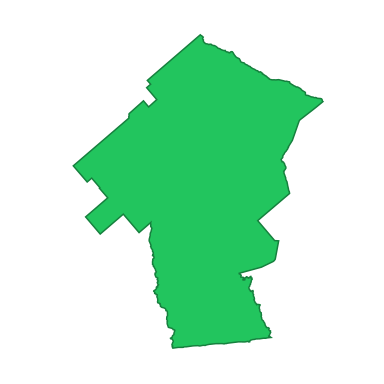 San Cayetano, Buenos Aires, Argentina (Albers equal-area conic projection), rotated 6°
{"feature_id": "61730980B1791021048372", "entity_name": "San Cayetano", "entity_type": "district", "adm_level": 2, "iso_a3": "ARG", "parent_name": "Argentina", "parent_adm1": "Buenos Aires", "projection": "albers", "projection_center": [-59.479, -38.405], "detail": "fine", "context": "isolated", "style": "filled", "palette": "green", "viewbox_px": 384, "rotation_deg": 6, "n_neighbors": 0, "source": "geoboundaries", "source_scale": "gbopen_adm2", "svg_char_len": 6003}
<svg xmlns="http://www.w3.org/2000/svg" viewBox="0 0 384 384"><g transform="rotate(6 192 192)"><path d="M189.1,349.2L189.6,349.2L194.5,348.0L199.6,347.4L199.9,347.1L201.0,346.7L202.3,346.6L209.2,344.9L213.7,344.2L215.9,344.3L219.0,343.3L221.2,343.2L222.5,342.5L225.1,341.7L231.7,340.3L238.0,339.6L239.9,339.7L240.5,339.3L241.8,339.2L243.3,338.6L245.9,338.0L254.2,336.1L260.2,335.6L263.3,334.7L263.7,335.0L264.0,334.9L264.3,335.2L265.1,334.9L265.1,334.0L265.6,333.5L266.3,333.0L267.8,332.4L269.4,332.1L271.2,331.4L274.4,331.0L278.7,329.9L280.4,329.8L282.5,329.1L285.8,328.4L284.5,327.6L284.2,327.9L284.0,327.5L283.7,327.4L283.5,327.8L283.3,327.2L283.7,326.9L284.0,326.4L284.2,325.2L284.8,323.7L284.9,323.3L284.5,322.8L284.6,322.0L284.2,321.8L283.7,321.9L283.4,321.4L282.8,321.0L282.7,320.3L283.0,319.5L281.8,318.9L280.5,319.1L280.1,318.8L279.6,317.9L278.9,317.2L278.0,314.8L277.2,314.0L276.5,312.8L275.0,311.7L274.7,311.2L274.3,309.5L273.7,308.3L274.0,307.1L273.7,306.6L273.4,304.8L272.8,304.5L272.2,303.9L271.7,302.8L271.7,302.0L271.0,300.5L271.1,298.3L271.0,298.0L271.5,297.6L271.4,297.0L268.7,296.9L268.0,297.3L267.3,296.0L266.4,295.5L266.2,295.2L266.2,294.9L264.8,292.6L265.3,292.1L265.3,291.8L264.8,290.3L263.9,288.9L263.9,287.4L263.4,286.9L263.1,286.2L263.0,285.9L263.3,284.9L262.9,283.7L262.3,283.8L261.8,284.6L261.3,284.8L260.9,284.7L260.5,284.5L260.5,283.8L259.4,283.2L258.6,281.6L258.5,281.1L258.6,280.6L259.2,279.7L259.2,278.6L259.8,277.8L259.7,276.8L260.1,276.0L260.4,273.0L260.9,272.6L260.6,271.8L260.7,271.4L260.5,271.2L259.5,271.2L259.5,270.0L259.4,269.8L259.0,269.9L258.9,270.4L258.0,270.8L257.7,271.5L257.4,271.7L257.0,271.3L256.2,271.4L255.9,270.8L255.0,270.6L254.8,270.8L254.8,271.4L254.6,271.5L253.4,272.0L253.3,272.3L253.5,273.1L253.8,273.7L253.7,273.9L252.0,274.2L251.8,273.9L251.8,273.6L252.3,272.4L252.4,272.0L252.1,271.6L251.0,271.5L249.5,271.5L249.4,270.5L249.6,270.0L249.6,269.6L248.2,268.6L247.6,268.5L247.4,267.9L268.9,259.5L279.9,252.7L281.0,251.6L281.8,250.1L283.3,231.5L279.3,231.7L260.3,213.6L289.2,183.2L288.7,181.4L287.8,180.0L287.7,179.2L286.3,175.1L286.1,174.0L285.8,173.5L285.5,172.1L284.0,169.8L283.6,167.8L283.3,167.4L282.1,164.8L281.4,163.6L281.4,162.2L281.1,162.0L281.3,161.4L282.2,160.0L282.9,158.5L282.7,157.3L281.3,155.3L281.3,154.6L280.9,154.2L280.0,152.9L279.0,152.3L278.5,152.6L278.0,151.8L277.2,150.2L278.6,148.3L278.6,146.2L279.7,144.5L280.1,143.1L281.3,141.6L282.2,139.8L282.5,139.5L282.8,138.4L283.3,137.3L283.4,136.8L283.2,136.8L286.4,130.2L291.1,110.3L291.4,109.6L292.0,108.8L306.2,95.1L312.8,88.4L312.2,87.9L311.6,86.3L311.0,85.8L310.1,85.6L306.9,85.7L305.3,85.1L303.6,85.4L302.3,84.9L300.9,85.0L297.2,83.8L295.6,83.9L294.7,83.4L294.3,81.1L293.6,80.7L290.8,79.4L289.2,77.9L286.5,76.7L285.6,76.5L284.8,76.7L283.2,75.9L281.9,75.6L281.3,75.2L280.9,74.8L279.8,74.6L278.6,73.7L278.0,73.6L277.8,73.3L277.6,72.4L277.3,72.2L275.8,72.2L274.7,71.9L272.7,72.2L272.0,71.9L266.4,71.2L263.5,71.8L262.1,71.8L260.0,72.1L257.1,71.7L256.9,71.2L256.3,70.7L255.9,70.7L253.6,68.9L252.8,68.8L252.6,68.5L251.6,68.1L250.9,67.5L249.8,67.3L249.7,66.6L248.2,65.8L248.0,65.5L247.2,65.3L246.2,65.8L245.5,65.4L244.7,64.6L243.2,64.4L242.3,64.0L241.6,63.5L239.4,62.9L238.2,62.2L237.4,61.9L236.8,61.2L236.3,61.0L235.0,60.8L233.9,60.0L231.7,59.4L230.4,58.2L227.6,57.8L226.7,57.2L226.4,56.3L225.1,54.5L224.1,54.1L223.2,53.9L221.5,53.0L219.5,50.9L218.4,49.3L217.4,48.3L216.5,48.3L215.8,48.6L215.4,48.9L215.1,49.6L214.9,49.7L214.3,49.7L213.9,49.4L212.9,49.0L211.8,49.1L210.6,48.4L210.4,48.0L210.1,47.7L209.4,48.0L207.8,47.8L205.4,47.1L204.9,46.6L204.5,46.5L202.9,46.4L202.5,45.9L200.5,44.6L198.9,44.0L198.1,44.2L197.5,43.9L196.5,43.8L195.7,43.1L194.4,43.1L193.4,43.6L193.0,43.6L192.4,43.2L190.1,43.1L189.5,42.6L188.9,42.4L188.3,41.7L187.8,41.4L187.4,40.5L187.5,39.6L186.7,38.9L186.5,38.3L187.0,36.8L185.9,36.2L185.4,35.6L184.4,35.3L183.8,34.8L135.9,85.7L139.6,89.1L136.0,93.0L147.3,103.8L140.0,111.9L134.2,106.4L121.3,120.6L121.2,121.4L121.5,122.8L121.2,123.8L121.6,125.0L71.2,178.4L86.7,193.0L90.8,188.7L99.9,197.3L99.5,197.9L108.8,206.6L88.8,227.9L105.1,243.4L126.0,221.2L143.6,237.9L154.1,226.7L154.0,227.5L154.4,228.2L154.5,230.2L154.6,230.6L155.9,232.2L155.5,234.4L155.5,235.4L154.9,237.0L154.8,238.6L155.0,239.4L154.4,243.4L154.5,245.1L156.6,248.9L156.8,249.8L156.5,250.6L156.6,250.8L157.0,251.1L157.5,252.4L158.7,253.5L159.0,255.3L159.8,256.0L159.8,257.3L160.1,257.7L160.1,258.4L159.5,258.5L159.4,259.4L160.7,259.9L160.7,260.3L161.2,261.4L160.8,262.1L160.3,262.4L160.0,263.2L160.3,264.3L160.0,264.7L160.1,265.4L160.0,265.8L160.5,267.5L160.2,267.7L160.2,267.9L161.2,269.0L161.5,269.5L161.4,270.0L162.3,270.6L162.4,271.1L163.6,272.6L164.1,274.2L164.9,275.1L164.6,275.6L164.3,276.5L163.8,276.6L163.9,277.2L163.7,277.5L164.0,278.4L164.2,278.5L164.3,279.1L165.0,280.3L165.3,280.6L165.9,280.6L167.0,281.2L166.5,282.4L166.7,282.5L166.8,283.1L167.4,283.3L167.6,283.9L167.4,284.2L167.5,284.5L166.9,285.4L167.4,285.8L167.2,286.3L167.4,287.0L168.4,287.8L167.5,289.0L167.7,289.9L166.9,289.9L166.5,290.4L166.9,290.7L166.9,291.0L166.6,292.0L165.4,293.5L164.6,294.0L164.4,294.2L164.3,294.7L165.5,295.7L165.5,296.8L166.4,296.9L166.8,297.1L167.0,297.8L168.2,297.9L168.2,299.5L168.0,299.9L168.9,301.3L168.9,301.6L169.3,303.2L169.2,304.9L169.5,305.7L171.9,306.3L171.9,307.3L172.5,307.8L172.6,308.1L172.5,308.8L172.7,309.1L174.1,309.9L175.8,310.1L177.2,310.5L177.8,311.0L178.4,311.9L178.5,312.2L178.4,312.5L178.6,312.8L179.3,312.8L179.7,313.1L180.0,313.6L180.6,317.4L180.0,318.9L180.1,321.2L181.0,322.6L181.1,323.1L180.8,323.5L181.0,324.5L181.1,325.7L182.7,329.1L186.4,329.7L187.3,330.3L187.8,331.0L189.0,330.9L189.4,331.3L189.3,332.3L189.2,332.6L189.0,333.3L188.8,334.5L188.9,335.5L188.8,335.8L187.7,336.9L187.2,339.2L186.8,339.5L186.5,339.2L186.0,339.6L186.3,339.8L186.3,340.2L186.4,340.3L186.9,340.2L187.9,340.6L188.9,342.1L189.0,342.5L188.3,344.6L188.2,345.4L188.0,345.9L188.3,346.6L188.4,347.4L188.9,347.4L188.7,348.3L189.1,349.2Z" fill="#22c55e" stroke="#15803d" stroke-width="1.5"/></g></svg>